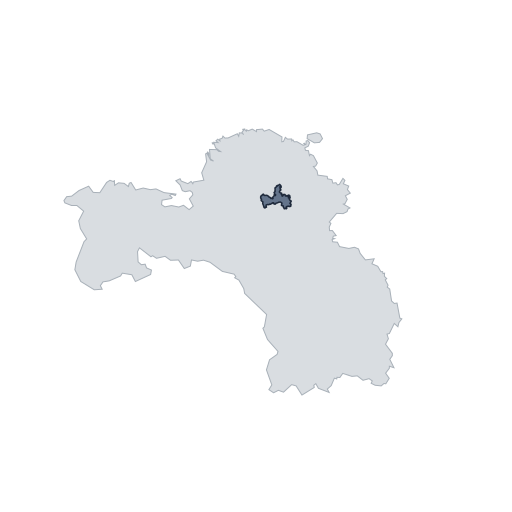 where Chongqing sits in China, rotated 221°
{"feature_id": "CHN-1154", "entity_name": "Chongqing", "entity_type": "Municipality", "adm_level": 1, "iso_a3": "CHN", "parent_name": "China", "parent_adm1": "", "projection": "mercator", "projection_center": [107.845, 30.195], "detail": "fine", "context": "in_parent", "style": "filled", "palette": "slate", "viewbox_px": 512, "rotation_deg": 221, "n_neighbors": 0, "source": "natural_earth", "source_scale": "10m", "svg_char_len": 8514}
<svg xmlns="http://www.w3.org/2000/svg" viewBox="0 0 512 512"><g transform="rotate(221 256 256)"><path d="M278.5,369.4L270.7,366.4L270.0,363.0L271.4,361.2L265.8,360.3L262.4,357.6L254.5,362.8L252.6,361.2L248.8,363.4L245.8,361.4L243.7,363.8L241.2,363.1L240.1,364.6L241.3,371.6L238.5,371.4L237.5,367.8L231.9,369.6L230.6,366.1L226.1,365.3L228.1,360.1L224.3,358.6L223.2,353.9L224.1,352.5L216.6,353.9L217.4,351.8L216.4,349.2L218.1,345.1L223.1,341.1L223.0,329.7L220.9,329.8L219.7,325.9L217.1,323.4L215.1,325.3L208.9,324.0L210.7,321.7L209.8,319.7L208.1,320.6L209.4,318.4L207.5,317.0L203.6,319.8L199.1,317.9L190.9,322.6L187.4,327.2L183.3,328.6L179.1,326.3L170.9,324.8L165.0,331.4L163.4,326.2L157.4,328.1L151.4,326.1L150.2,327.3L148.6,326.0L147.7,327.4L145.8,324.9L142.5,324.7L142.8,322.8L137.2,320.6L136.5,318.6L133.4,318.8L124.2,311.0L120.5,310.9L118.7,313.0L106.7,303.5L104.7,304.2L104.5,299.6L102.5,295.7L107.4,295.8L104.5,285.0L105.9,283.0L101.8,280.4L100.4,274.4L89.3,272.0L87.7,270.2L87.3,265.8L78.6,262.2L83.0,260.3L81.7,258.7L81.3,252.6L75.2,251.1L74.2,244.7L75.8,243.7L76.3,240.1L81.3,236.6L85.6,235.5L86.3,238.0L90.2,237.6L93.7,232.4L100.9,232.0L104.6,228.1L113.5,224.3L113.0,219.3L115.3,217.6L114.4,216.2L116.7,215.2L114.2,207.5L114.9,202.4L111.3,201.0L122.1,197.1L127.1,198.9L127.6,196.4L125.8,195.0L130.1,181.2L140.5,184.3L144.7,182.3L145.9,171.3L151.0,169.3L153.0,164.3L158.6,163.6L159.5,169.1L173.4,176.9L177.7,186.6L175.5,195.6L176.8,198.4L192.5,200.5L203.4,206.0L203.2,208.0L209.6,218.8L240.0,220.3L243.9,223.4L253.1,226.6L257.8,225.6L257.8,227.3L260.7,227.9L271.3,222.3L286.6,221.1L292.9,218.4L296.6,213.8L302.1,210.7L298.9,205.3L301.9,199.5L311.9,202.1L317.7,196.7L324.4,196.1L329.6,189.0L334.2,188.4L334.8,186.5L349.3,185.7L348.3,181.6L341.1,174.2L336.8,174.2L334.3,177.1L330.8,175.2L325.7,176.8L323.4,172.9L330.3,157.6L337.4,160.4L345.7,155.3L345.1,152.1L350.5,140.9L354.5,136.1L354.0,131.5L350.3,130.0L355.9,124.4L371.5,121.8L383.7,126.8L387.8,133.5L395.2,154.0L395.0,157.8L406.6,161.5L412.9,166.3L415.5,176.8L424.3,176.6L428.3,173.1L435.1,170.7L437.3,171.8L437.8,176.6L434.4,180.2L432.5,189.4L428.1,198.9L420.6,197.2L415.4,201.3L417.0,213.5L415.9,217.3L412.1,218.8L412.7,220.3L409.0,216.6L407.8,221.0L403.2,224.3L397.9,224.7L399.4,227.8L398.5,229.5L390.1,226.9L385.7,233.3L379.2,236.8L375.5,241.0L367.0,243.5L357.0,250.2L356.6,248.7L360.1,247.3L360.9,245.1L357.6,245.1L357.6,243.9L363.5,236.5L361.0,232.8L357.0,233.3L352.9,238.6L346.4,242.3L344.0,246.7L336.9,247.1L336.1,252.5L343.8,255.4L343.8,260.7L345.8,262.2L348.6,262.0L351.6,258.1L354.5,257.0L359.8,259.8L365.9,260.2L364.0,264.5L361.6,263.5L354.9,265.9L353.9,269.7L351.1,269.1L351.8,270.7L345.1,279.0L351.6,283.2L355.1,294.7L361.0,300.0L360.6,301.4L353.2,298.6L350.3,299.8L354.3,299.4L361.0,305.9L355.4,310.5L352.7,310.5L351.2,311.6L357.5,311.1L362.5,314.1L359.0,316.7L361.8,316.7L361.5,319.1L358.7,319.2L360.1,320.4L358.8,322.5L359.6,324.8L356.9,324.6L354.5,326.8L350.3,336.0L347.6,335.0L349.4,338.0L346.9,339.8L344.9,339.4L347.8,340.2L347.8,344.2L345.2,343.8L345.8,345.2L344.0,345.4L342.1,349.3L337.2,350.2L338.5,351.7L334.4,356.0L331.7,355.6L329.1,360.1L314.5,362.9L311.5,359.1L310.4,360.4L311.7,364.8L308.9,364.9L305.9,367.7L304.6,366.4L304.3,367.9L302.1,367.2L300.1,369.1L293.0,370.5L291.5,373.0L293.6,375.7L292.6,377.1L289.9,376.7L288.6,373.2L290.1,369.6L288.0,368.2L285.5,369.9L281.5,366.8L281.6,368.6L278.5,369.4ZM294.4,378.1L296.6,381.2L291.0,388.8L287.7,390.2L282.8,388.2L282.6,383.4L286.2,379.7L294.4,378.1ZM361.1,302.9L359.1,302.5L357.3,300.7L358.8,301.0L361.1,302.9ZM363.7,312.7L362.1,313.1L361.8,312.2L363.7,312.7ZM349.1,342.9L348.3,343.9L348.4,342.6L349.1,342.9ZM292.2,372.6L293.7,372.1L293.6,372.8L292.2,372.6Z" fill="#d9dde1" stroke="#a8b0b8" stroke-width="1"/><path d="M277.5,307.7L277.8,307.6L278.2,307.2L278.4,307.0L278.4,306.8L278.3,306.7L278.4,306.4L278.6,306.2L278.9,305.0L278.9,304.8L278.9,304.7L279.7,304.2L279.8,304.0L279.8,303.7L279.9,303.3L280.0,303.1L280.6,302.8L280.8,302.7L281.1,302.4L281.3,301.8L281.7,301.5L281.8,301.3L281.8,301.2L281.7,301.0L281.6,300.8L281.5,300.7L281.2,300.4L280.4,299.9L280.2,299.7L280.3,299.5L280.6,299.1L280.7,298.8L280.8,298.8L281.0,298.8L281.1,298.7L280.9,298.3L280.8,298.2L281.0,298.0L281.7,297.9L282.1,298.1L282.6,298.5L283.1,298.7L283.4,299.0L284.0,299.3L284.3,299.5L284.9,299.7L285.3,300.0L285.6,300.3L286.1,301.1L286.3,301.3L286.6,301.4L288.0,301.2L288.5,301.3L288.8,301.6L288.9,301.9L289.0,302.4L289.1,302.5L289.6,302.5L290.1,302.7L290.4,302.8L290.4,303.0L291.1,303.4L291.2,303.5L291.4,304.0L291.5,304.2L291.4,304.6L291.6,304.9L291.6,305.0L291.3,305.3L291.2,305.5L291.2,305.8L291.4,306.1L291.4,306.3L291.3,306.6L291.3,307.0L291.0,307.5L290.9,307.5L290.5,307.5L290.3,307.4L290.2,307.2L289.8,307.1L289.1,307.4L289.0,307.5L288.6,307.9L288.4,308.3L288.1,308.5L287.9,308.7L287.7,308.7L287.2,309.1L286.7,309.2L286.3,309.1L286.2,309.1L285.7,309.3L285.3,309.3L285.2,309.1L284.4,309.0L284.2,309.1L283.9,309.4L283.5,309.5L283.0,309.6L282.8,309.6L282.7,309.3L282.6,309.2L282.5,309.3L282.3,309.7L282.2,309.7L282.1,309.8L281.2,309.9L281.1,310.0L280.9,310.5L281.0,310.6L281.8,311.0L281.9,311.3L281.9,311.5L281.8,312.1L281.8,312.4L281.9,313.1L281.9,313.3L281.8,313.6L281.9,314.1L281.7,314.2L281.3,314.2L281.1,314.3L281.1,314.5L281.3,315.0L281.5,315.1L281.8,315.0L281.9,314.6L282.1,314.5L282.3,314.2L282.5,314.3L282.6,314.5L282.7,315.1L282.8,315.3L283.1,315.5L283.4,315.5L283.5,315.6L283.8,315.7L284.0,315.8L284.0,316.1L283.8,316.7L283.9,316.9L284.1,317.2L284.2,317.3L284.1,317.5L284.7,318.0L284.9,318.4L285.1,318.6L286.2,319.7L286.3,319.8L286.2,320.0L286.1,320.5L286.0,320.8L286.1,321.5L286.2,321.8L286.3,321.9L286.2,322.1L286.2,322.3L285.9,322.5L286.0,322.7L286.3,322.8L286.2,323.2L286.1,323.4L285.8,323.6L285.6,323.7L285.5,323.9L285.3,324.8L285.1,325.1L285.2,325.4L285.1,325.5L284.7,325.4L284.5,325.5L284.3,325.5L284.0,325.4L283.7,325.4L283.4,325.3L283.2,325.3L283.0,325.2L283.3,323.9L283.1,323.8L283.0,323.6L282.9,323.5L282.6,323.6L282.5,323.8L282.6,324.0L282.6,324.3L282.7,324.5L282.3,324.6L282.2,324.5L282.1,324.3L282.1,324.1L282.1,323.9L282.1,323.4L282.1,322.8L282.1,322.7L281.9,322.5L281.7,322.5L281.1,322.4L280.6,322.2L280.6,321.8L280.6,321.7L280.8,321.6L280.9,321.4L280.7,321.0L280.7,320.6L280.5,320.0L280.4,319.7L279.6,319.6L279.0,319.6L278.6,319.8L278.0,320.1L277.9,320.2L277.6,320.1L277.4,319.8L277.4,319.6L277.4,319.2L276.8,319.1L276.7,319.1L276.5,318.9L276.0,318.8L275.9,318.6L275.7,318.4L275.5,318.5L275.3,318.6L275.3,318.8L275.2,319.1L275.2,319.4L275.3,319.6L275.6,319.9L275.7,320.0L275.5,320.3L275.4,320.7L275.4,320.8L274.5,321.4L274.3,321.4L274.2,321.3L273.7,320.9L273.5,320.7L273.3,320.7L273.2,320.8L272.9,320.8L272.7,321.0L272.5,321.4L272.5,321.5L272.4,321.5L272.3,321.3L272.2,321.3L271.8,321.6L271.7,321.7L271.7,321.9L271.8,322.2L271.8,322.4L271.7,322.6L271.6,322.8L271.4,322.8L271.2,322.9L271.2,323.0L271.2,323.5L270.9,323.6L270.6,323.3L270.4,323.3L270.1,323.4L270.1,323.2L270.3,322.9L270.5,322.5L270.5,322.4L270.2,321.7L269.7,321.2L269.5,321.3L269.6,321.6L269.8,322.0L269.9,322.3L269.8,322.5L269.6,322.7L269.6,322.8L269.7,323.1L269.2,323.0L268.8,322.7L268.5,322.3L268.4,321.9L268.3,321.4L268.3,320.9L268.2,320.8L267.8,320.6L267.5,320.6L267.4,320.6L266.9,320.3L266.8,320.2L266.7,320.2L266.0,320.6L265.8,320.6L265.5,320.5L265.4,320.3L265.2,320.1L265.2,319.6L265.1,319.2L265.0,318.8L265.0,318.5L265.0,318.1L264.9,318.0L264.7,318.2L264.3,318.1L263.8,318.1L263.5,317.9L263.3,317.8L263.3,317.7L263.3,317.3L263.2,317.1L262.7,316.9L262.5,316.6L262.5,316.3L262.5,316.1L262.7,315.8L263.0,315.6L263.1,315.3L263.3,315.2L263.5,315.3L263.7,315.1L263.8,315.1L264.0,315.1L264.1,314.9L264.1,314.7L264.7,314.2L265.0,314.1L265.1,313.9L265.0,313.7L265.2,313.2L265.3,313.1L265.2,313.0L264.8,312.7L264.5,312.5L264.2,312.3L264.1,312.2L264.2,311.9L264.7,311.7L264.5,311.4L265.1,311.3L265.2,311.2L265.1,310.9L265.6,310.2L265.8,310.2L265.9,310.3L266.0,310.4L266.2,310.5L266.8,310.6L267.5,310.9L267.7,311.0L267.9,311.4L268.1,311.5L268.3,311.6L268.5,311.4L269.0,311.4L269.2,311.2L269.3,311.1L269.5,311.0L269.9,310.9L270.0,310.9L270.1,311.0L270.3,311.2L270.4,311.4L270.6,311.9L270.6,312.1L270.8,312.3L270.9,312.6L271.0,312.8L271.5,313.0L271.8,312.8L272.0,312.9L272.5,312.8L272.8,312.8L273.0,312.7L273.5,312.2L273.8,311.8L274.1,311.6L274.3,311.0L274.9,309.8L275.1,309.6L275.5,309.0L275.6,308.7L275.4,308.3L275.4,308.1L275.5,307.9L275.7,307.5L275.9,307.4L276.0,307.4L276.4,307.4L276.6,307.4L276.8,307.3L277.0,307.1L277.3,307.6L277.5,307.7Z" fill="#64748b" stroke="#1e293b" stroke-width="1.5"/></g></svg>